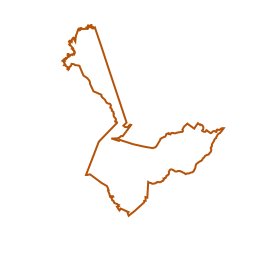 Marín, Nuevo León, Mexico (Natural Earth projection), rotated 293°
{"feature_id": "50627088B14710465846711", "entity_name": "Marín", "entity_type": "district", "adm_level": 2, "iso_a3": "MEX", "parent_name": "Mexico", "parent_adm1": "Nuevo León", "projection": "natural_earth1", "projection_center": [-99.927, 25.886], "detail": "fine", "context": "isolated", "style": "outline", "palette": "amber", "viewbox_px": 256, "rotation_deg": 293, "n_neighbors": 0, "source": "geoboundaries", "source_scale": "gbopen_adm2", "svg_char_len": 5690}
<svg xmlns="http://www.w3.org/2000/svg" viewBox="0 0 256 256"><g transform="rotate(293 128 128)"><path d="M165.2,216.2L164.7,214.9L164.4,214.4L163.7,213.9L162.0,213.0L161.8,212.6L161.5,211.0L161.4,210.7L160.7,210.4L159.5,210.9L158.9,210.9L158.8,210.6L159.0,209.4L158.9,208.5L158.0,207.5L157.5,207.2L156.8,207.0L156.1,206.7L155.8,206.3L155.6,205.9L155.6,205.3L155.9,204.7L156.1,203.2L156.5,202.1L156.7,201.1L156.5,200.9L156.0,200.9L155.7,201.0L155.2,200.9L154.9,200.7L154.6,200.4L154.2,199.3L154.3,199.0L154.2,197.7L154.5,197.2L154.9,197.2L156.0,197.6L157.3,197.5L158.2,197.0L158.9,196.3L159.4,195.5L159.6,194.1L159.6,193.4L159.0,193.2L159.7,190.5L158.8,190.4L158.1,190.1L153.3,189.2L155.2,180.9L152.8,179.9L151.8,179.2L150.4,179.0L147.8,178.7L146.9,179.7L145.8,179.6L144.6,177.5L144.0,176.8L143.9,176.5L142.9,175.0L141.6,173.6L141.2,172.7L140.9,170.7L140.1,169.8L138.7,169.6L138.4,167.7L139.1,167.6L139.1,167.3L137.3,165.6L137.1,165.6L136.4,165.8L134.6,165.6L133.3,164.2L130.8,162.1L129.7,162.3L126.7,161.9L122.9,161.4L121.0,160.8L119.1,158.5L117.2,150.5L115.1,139.1L114.0,127.1L113.9,124.7L112.6,124.7L112.0,118.1L111.8,116.7L112.2,117.8L112.8,119.0L113.0,119.7L113.5,120.2L113.8,121.3L114.3,122.3L115.2,123.2L115.7,123.5L116.1,123.9L118.0,124.9L118.3,125.4L118.4,125.8L118.4,126.3L132.0,129.7L132.0,128.9L131.8,128.5L130.4,127.8L129.8,127.9L129.2,127.9L128.5,126.9L128.0,125.7L127.7,124.9L127.8,124.4L128.4,123.4L128.4,122.9L132.4,124.6L178.1,84.3L192.3,71.9L207.6,58.2L207.0,57.9L206.8,57.8L206.9,57.5L207.3,56.6L207.2,56.4L206.5,56.6L205.9,56.7L205.8,56.2L206.1,55.3L206.3,55.0L206.9,54.5L207.3,54.3L207.9,54.5L208.1,54.5L208.5,54.2L208.4,53.9L208.0,53.4L207.5,53.1L207.1,53.3L206.3,54.3L206.1,54.2L206.0,53.8L206.1,53.0L206.1,52.8L206.5,52.6L206.8,52.2L206.9,51.6L206.9,51.2L206.3,51.1L204.9,52.2L204.3,52.4L203.9,52.4L203.2,51.8L203.1,51.6L203.3,51.2L204.2,51.0L204.5,50.7L204.4,50.4L204.1,50.3L203.3,50.8L203.1,50.7L202.7,50.2L202.4,49.5L201.8,48.5L201.6,48.3L201.4,47.5L201.8,45.7L201.7,45.6L201.5,45.4L201.0,45.9L200.7,46.1L200.1,46.0L199.6,45.6L199.2,45.5L199.0,45.3L199.2,44.9L200.0,45.0L200.3,44.9L200.5,44.4L200.4,44.0L200.2,43.8L199.9,43.7L199.0,43.6L198.3,44.1L198.1,43.8L197.4,43.6L195.8,44.0L194.1,44.0L193.3,43.9L190.1,44.7L187.0,45.7L188.7,43.4L190.0,43.4L189.8,42.4L188.3,41.9L187.5,41.8L185.8,41.9L185.8,42.5L185.1,42.6L185.7,40.4L184.6,39.8L183.0,41.6L182.0,41.3L182.0,42.0L181.4,42.2L181.5,42.9L179.9,46.2L179.0,45.6L178.9,46.7L178.2,47.1L178.3,48.0L177.9,48.5L177.6,48.3L177.1,48.6L177.3,49.1L176.9,49.4L176.3,49.3L176.2,49.7L174.4,49.6L174.5,48.6L174.3,48.2L173.4,48.1L173.5,47.1L172.9,46.5L172.2,46.6L171.4,45.6L172.9,44.3L172.5,43.6L171.0,44.1L170.9,45.3L170.6,45.8L169.7,44.8L168.8,44.7L168.3,43.7L167.8,44.2L167.2,44.0L166.8,42.6L166.5,42.4L165.7,43.2L165.4,43.1L165.1,41.8L164.2,41.4L164.1,42.5L163.8,43.2L164.0,43.6L163.3,43.4L162.1,45.2L161.8,44.7L161.0,44.6L161.6,45.7L160.8,46.3L160.5,48.6L158.7,49.1L158.9,49.9L158.4,50.3L159.4,50.7L160.7,50.0L161.7,50.3L161.9,50.9L163.0,51.2L165.0,51.0L165.6,53.5L165.2,54.7L166.0,57.3L166.3,58.9L161.3,64.0L158.9,66.5L158.0,71.1L156.6,73.7L155.8,74.6L155.2,75.1L153.8,75.8L151.9,77.9L148.3,81.9L148.2,89.3L148.3,89.5L148.2,90.0L147.9,90.8L147.0,91.0L146.6,91.6L146.6,91.8L146.0,92.3L145.8,93.6L144.9,95.9L144.2,96.7L143.2,98.0L142.9,98.5L142.8,100.5L143.2,101.7L143.0,102.4L142.6,102.9L142.4,103.0L142.0,103.5L141.7,103.5L141.0,103.6L139.8,103.7L139.6,104.7L139.3,105.0L139.1,105.6L138.9,105.9L138.1,106.2L137.6,106.3L137.4,107.4L137.0,108.4L136.5,108.5L136.1,108.8L136.0,109.0L135.6,109.0L135.4,109.1L135.2,109.6L134.5,109.7L134.1,109.7L132.9,110.6L132.7,111.3L132.3,111.8L132.0,112.8L131.7,113.1L130.9,113.7L129.7,113.5L128.9,113.7L128.9,114.0L129.3,115.1L128.5,115.9L104.0,106.5L68.4,107.7L68.9,108.9L70.5,111.2L67.1,125.2L66.3,131.4L65.4,132.2L64.9,132.9L63.1,134.5L62.7,134.0L59.5,137.1L58.2,138.0L59.1,140.2L59.3,141.0L59.0,141.3L57.3,139.5L57.0,140.4L56.1,141.2L55.3,141.7L55.3,142.9L55.1,143.1L54.9,143.5L54.7,143.5L53.6,144.8L53.8,148.0L53.5,148.7L53.5,149.0L53.3,148.8L52.4,150.2L51.3,148.6L49.1,151.7L48.8,152.4L51.0,152.8L50.8,161.0L50.2,160.4L47.5,162.9L54.3,166.6L65.3,171.7L65.8,171.9L67.2,171.4L67.8,172.7L68.3,172.5L71.2,171.1L71.4,173.0L86.2,167.7L85.9,168.9L86.3,170.4L86.3,171.2L86.1,172.0L86.2,172.3L86.6,172.9L87.1,173.9L87.7,174.7L88.4,175.2L89.7,176.0L89.6,176.5L89.9,176.8L90.4,177.8L90.5,178.6L90.9,178.8L91.5,179.6L92.3,180.0L93.0,180.8L93.7,181.1L94.5,180.8L94.4,181.0L94.8,181.2L96.4,181.3L96.5,181.5L96.4,181.9L96.8,182.2L97.2,182.1L98.4,182.3L98.6,182.3L98.9,182.1L99.1,182.1L99.5,182.5L99.8,182.7L99.9,183.0L100.4,183.0L101.2,183.6L101.7,183.6L102.5,183.3L103.6,182.7L104.5,182.8L105.3,182.8L106.3,183.2L106.8,184.1L107.0,184.6L106.9,186.6L106.5,188.1L106.5,188.7L107.0,189.9L108.0,190.8L108.2,191.5L108.3,191.9L108.7,192.7L108.7,193.2L108.6,193.5L108.6,194.2L108.8,194.7L108.5,195.7L108.5,197.7L108.2,198.5L108.0,199.0L108.2,199.3L109.0,199.8L109.2,200.3L109.4,200.6L109.7,201.3L109.9,201.7L111.8,203.6L112.2,204.4L113.7,205.3L114.5,205.2L114.6,205.4L115.1,205.5L116.1,205.4L116.8,205.6L118.8,205.3L120.3,204.9L121.7,205.0L123.1,205.9L123.9,206.2L125.1,207.2L125.8,207.5L126.2,208.1L127.8,208.8L128.3,208.7L129.1,208.9L129.6,208.9L130.4,209.5L132.4,209.9L133.9,211.0L134.3,211.6L134.6,211.8L135.0,212.5L136.1,212.7L136.4,212.9L137.1,213.0L138.4,213.5L139.5,213.4L140.8,213.1L141.2,212.8L141.6,212.1L142.4,211.9L143.4,212.1L143.6,212.3L144.2,212.3L145.5,211.7L147.0,211.7L148.4,212.1L150.7,212.1L151.4,212.2L152.6,212.5L153.2,213.1L154.7,212.8L155.7,213.1L156.5,213.1L157.3,213.2L158.1,213.6L159.1,214.5L161.4,215.3L165.2,216.2Z" fill="none" stroke="#b45309" stroke-width="2"/></g></svg>